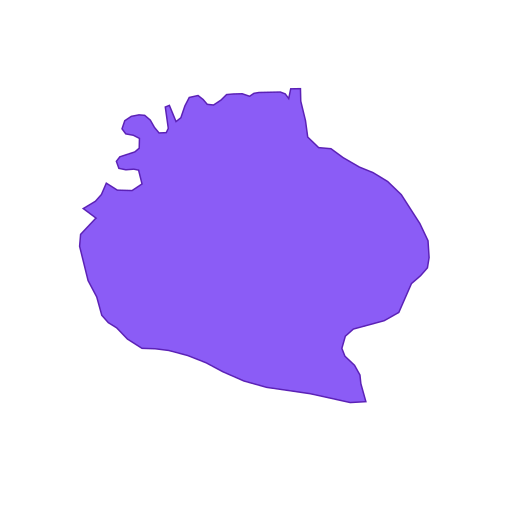 an SVG outline of Tainan City, rotated 68°
{"feature_id": "TWN-1160", "entity_name": "Tainan City", "entity_type": "Special Municipality", "adm_level": 1, "iso_a3": "TWN", "parent_name": "Taiwan", "parent_adm1": "", "projection": "orthographic", "projection_center": [120.249, 23.155], "detail": "fine", "context": "isolated", "style": "filled", "palette": "violet", "viewbox_px": 512, "rotation_deg": 68, "n_neighbors": 0, "source": "natural_earth", "source_scale": "10m", "svg_char_len": 1310}
<svg xmlns="http://www.w3.org/2000/svg" viewBox="0 0 512 512"><g transform="rotate(68 256 256)"><path d="M147.3,398.4L145.1,384.4L141.1,376.3L132.4,367.5L143.0,359.9L148.9,346.4L146.5,334.7L132.4,332.7L129.7,336.8L127.3,344.4L123.4,350.3L115.9,350.0L113.0,345.0L114.1,329.4L112.3,323.9L103.3,320.0L98.1,324.5L94.0,331.0L87.9,332.6L81.4,327.0L79.8,319.3L81.3,311.6L83.9,306.5L90.4,303.1L98.7,302.0L105.6,299.8L108.0,293.0L104.8,289.5L83.9,284.3L83.9,279.9L101.4,279.8L99.7,273.9L90.2,265.7L84.0,258.5L85.5,249.6L91.1,246.4L97.1,244.4L100.1,238.8L98.3,230.0L95.3,222.8L97.3,216.3L100.4,208.0L105.5,202.1L104.4,197.0L105.5,192.0L113.1,172.0L116.6,168.2L122.3,166.7L114.0,161.2L117.5,152.1L129.2,156.5L149.0,159.4L165.1,163.5L179.0,157.3L184.6,146.3L197.4,138.4L212.2,126.9L222.6,116.2L236.3,106.0L253.6,98.3L287.4,91.9L306.3,90.8L322.3,96.1L331.2,101.5L335.9,110.8L339.8,122.2L361.8,144.7L364.0,161.4L360.2,193.1L363.8,203.2L373.8,211.0L382.2,211.1L394.2,205.6L405.3,204.2L413.6,206.6L432.2,208.7L427.2,223.5L404.0,257.3L381.8,295.3L367.4,314.0L350.8,330.2L336.4,342.2L322.7,356.6L310.9,372.3L304.3,384.1L298.9,396.3L284.9,406.3L270.4,412.1L262.5,417.9L253.2,421.2L234.3,419.0L215.9,420.9L180.9,415.9L170.2,410.5L161.3,391.1L161.0,390.1L147.3,398.4Z" fill="#8b5cf6" stroke="#5b21b6" stroke-width="1.5"/></g></svg>